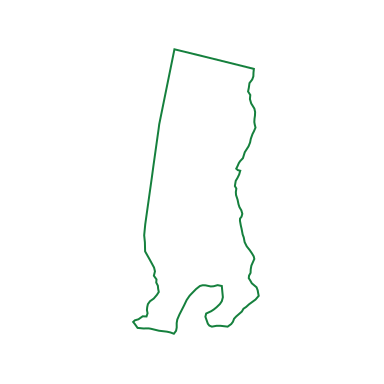 outline of Santa Cruz de Monte Castelo, Paraná, Brazil, rotated 336°
{"feature_id": "56859067B19396255459942", "entity_name": "Santa Cruz de Monte Castelo", "entity_type": "district", "adm_level": 2, "iso_a3": "BRA", "parent_name": "Brazil", "parent_adm1": "Paraná", "projection": "albers", "projection_center": [-53.375, -23.082], "detail": "fine", "context": "isolated", "style": "outline", "palette": "green", "viewbox_px": 384, "rotation_deg": 336, "n_neighbors": 0, "source": "geoboundaries", "source_scale": "gbopen_adm2", "svg_char_len": 1966}
<svg xmlns="http://www.w3.org/2000/svg" viewBox="0 0 384 384"><g transform="rotate(336 192 192)"><path d="M210.7,314.0L211.4,310.9L212.0,308.6L212.2,305.3L209.5,299.7L209.2,296.4L208.8,293.8L210.1,291.6L212.6,289.7L214.2,286.5L216.3,283.4L221.7,278.5L222.2,275.9L221.8,272.5L221.1,268.6L219.9,264.0L219.7,259.2L220.8,254.5L221.0,251.4L222.3,245.9L223.0,242.3L224.1,237.8L225.1,235.8L227.2,234.7L229.1,232.4L229.6,228.9L229.2,225.1L229.5,222.1L230.5,217.6L231.0,212.7L232.0,209.9L233.9,206.9L233.6,204.0L235.1,201.7L236.5,199.6L239.2,197.7L242.2,195.2L244.7,192.2L242.8,190.7L241.9,188.7L244.1,186.9L246.6,184.6L248.5,183.4L252.3,181.8L256.4,177.1L262.2,173.3L265.2,170.4L267.3,167.4L270.8,163.7L273.3,161.7L276.2,159.0L276.8,155.7L277.4,153.4L278.9,150.5L280.6,147.8L282.2,144.6L282.9,141.2L282.5,138.1L282.1,135.2L282.7,130.7L284.7,127.1L284.1,123.0L286.3,119.9L288.8,115.9L292.8,113.7L295.1,111.3L296.7,108.0L298.6,104.7L257.8,72.9L234.0,54.5L189.6,116.8L187.1,120.9L167.4,152.4L161.1,162.6L136.2,202.4L135.0,204.5L130.7,212.1L128.5,218.8L125.0,227.2L125.8,235.5L126.6,245.6L125.9,249.4L123.1,253.0L124.0,257.4L122.5,260.2L122.7,263.7L121.7,266.7L121.0,269.8L118.1,271.7L113.7,273.8L109.2,274.7L106.1,276.5L104.3,278.9L102.8,281.5L102.1,284.7L99.8,287.2L96.4,285.5L91.3,286.5L87.6,286.0L85.4,286.8L86.1,289.5L87.0,294.0L91.9,296.8L97.0,299.0L98.8,300.2L105.4,305.3L112.3,309.4L115.0,311.4L117.8,314.1L121.0,312.3L122.9,309.6L124.7,305.5L126.7,302.5L130.7,298.8L138.5,292.5L143.2,288.5L147.6,285.8L149.7,284.9L156.3,282.3L161.0,281.1L163.7,281.5L166.3,282.7L170.7,285.9L173.4,286.9L177.5,287.5L181.0,290.0L179.1,295.6L177.4,300.7L174.8,303.9L171.9,305.7L167.5,307.3L164.1,308.2L161.0,308.7L155.5,308.8L153.5,311.4L152.9,318.8L153.5,321.1L155.4,323.1L159.9,324.2L163.4,325.7L169.8,329.5L174.1,328.6L176.6,327.2L178.9,324.9L181.7,323.7L188.9,321.5L191.5,319.6L194.8,319.0L198.4,317.8L206.3,316.1L210.7,314.0Z" fill="none" stroke="#15803d" stroke-width="2"/></g></svg>